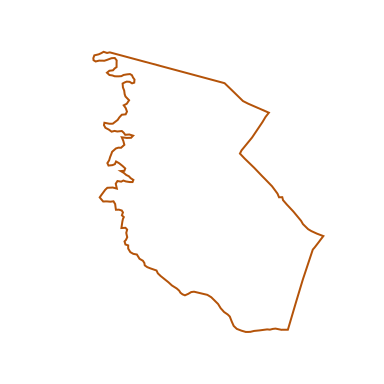 Araguanã, Maranhão, Brazil (Robinson projection), rotated 290°
{"feature_id": "56859067B40620406351111", "entity_name": "Araguanã", "entity_type": "district", "adm_level": 2, "iso_a3": "BRA", "parent_name": "Brazil", "parent_adm1": "Maranhão", "projection": "robinson", "projection_center": [-45.784, -3.062], "detail": "fine", "context": "isolated", "style": "outline", "palette": "amber", "viewbox_px": 384, "rotation_deg": 290, "n_neighbors": 0, "source": "geoboundaries", "source_scale": "gbopen_adm2", "svg_char_len": 2637}
<svg xmlns="http://www.w3.org/2000/svg" viewBox="0 0 384 384"><g transform="rotate(290 192 192)"><path d="M295.1,67.0L293.6,64.6L293.5,61.0L291.5,59.3L289.5,57.3L287.0,53.5L284.0,53.5L282.2,54.4L281.7,56.8L283.7,59.8L285.4,64.8L287.2,67.1L290.2,70.6L291.5,73.6L289.9,76.2L287.7,76.9L283.6,78.4L281.7,77.1L279.3,76.1L277.7,72.9L275.0,71.3L273.7,74.4L274.3,77.3L274.3,79.8L275.6,83.5L276.7,86.0L278.6,87.7L280.3,90.7L281.6,93.4L281.2,95.6L279.4,97.4L278.0,99.5L275.0,100.3L273.6,98.5L274.2,95.7L273.4,92.9L271.9,91.2L270.2,89.7L266.7,91.3L264.1,93.6L261.0,95.2L259.0,96.8L258.0,98.8L256.7,101.5L252.6,100.5L250.1,98.2L248.1,101.1L245.3,103.4L242.3,103.1L240.6,99.6L237.2,98.2L234.3,97.5L229.1,94.2L227.9,91.1L227.1,86.0L224.7,86.4L222.7,88.7L222.2,92.5L221.2,95.8L222.9,98.3L223.3,101.1L225.3,105.2L224.4,107.4L222.9,109.7L224.6,113.4L224.8,117.4L222.1,116.2L220.5,112.2L219.4,107.3L216.5,110.0L213.2,112.3L209.3,110.2L208.5,107.7L206.9,105.6L202.5,103.2L199.7,103.2L196.8,103.1L193.4,103.3L190.2,102.6L188.3,104.5L190.0,108.0L191.8,110.0L194.7,110.2L194.1,113.7L192.7,117.9L191.3,121.2L188.8,121.2L187.3,117.9L186.7,121.2L185.5,124.4L185.2,127.3L184.0,129.7L183.3,132.8L181.0,132.7L180.1,130.3L179.3,126.2L179.3,123.6L177.5,121.9L176.8,118.2L173.7,117.5L169.5,120.2L169.1,116.0L167.0,111.0L164.4,109.7L158.3,107.9L155.4,107.1L154.2,109.1L152.7,111.8L154.0,115.0L155.0,118.7L156.4,121.4L154.4,123.9L151.1,125.6L149.3,126.6L150.4,129.4L150.6,132.3L149.2,134.1L146.1,134.1L145.1,136.5L143.0,136.3L140.3,136.7L136.9,137.4L134.0,138.0L135.6,141.7L134.5,143.9L131.1,144.2L129.3,145.3L127.4,146.6L124.3,146.3L122.5,145.5L119.9,147.4L120.0,150.3L117.0,151.4L114.4,154.6L113.8,158.0L114.4,161.6L111.3,165.5L110.6,169.4L109.0,171.5L106.9,172.7L106.1,175.6L106.0,179.0L106.1,185.5L103.9,187.7L102.3,191.3L99.2,200.5L97.3,205.1L96.1,210.7L94.9,213.7L93.4,215.6L92.6,218.1L92.5,220.7L95.0,223.3L97.7,225.5L99.0,228.0L100.6,241.6L99.7,246.1L95.7,254.8L92.6,258.7L90.2,263.2L89.1,267.5L87.9,270.1L83.8,273.7L80.4,277.0L78.7,280.9L78.6,285.9L78.9,290.5L80.5,294.6L82.7,297.9L85.0,302.7L88.6,309.6L89.3,312.3L91.0,314.8L92.2,317.2L93.1,323.1L95.4,329.2L124.4,327.4L147.4,326.1L179.2,325.2L181.8,326.2L188.7,328.4L191.1,329.1L195.5,330.5L195.6,323.6L196.1,317.5L196.8,313.8L199.8,307.2L202.2,304.4L208.4,293.8L212.7,285.3L215.5,280.3L218.0,278.6L216.8,275.6L219.7,272.9L222.7,268.4L224.8,265.2L227.7,259.2L229.3,255.9L230.9,252.5L236.0,242.2L241.4,230.1L244.5,223.9L248.0,224.3L263.7,229.8L281.8,234.3L287.6,235.4L292.8,237.1L294.2,214.6L294.9,208.8L300.2,197.1L305.4,185.4L303.7,165.7L295.1,67.0Z" fill="none" stroke="#b45309" stroke-width="2"/></g></svg>